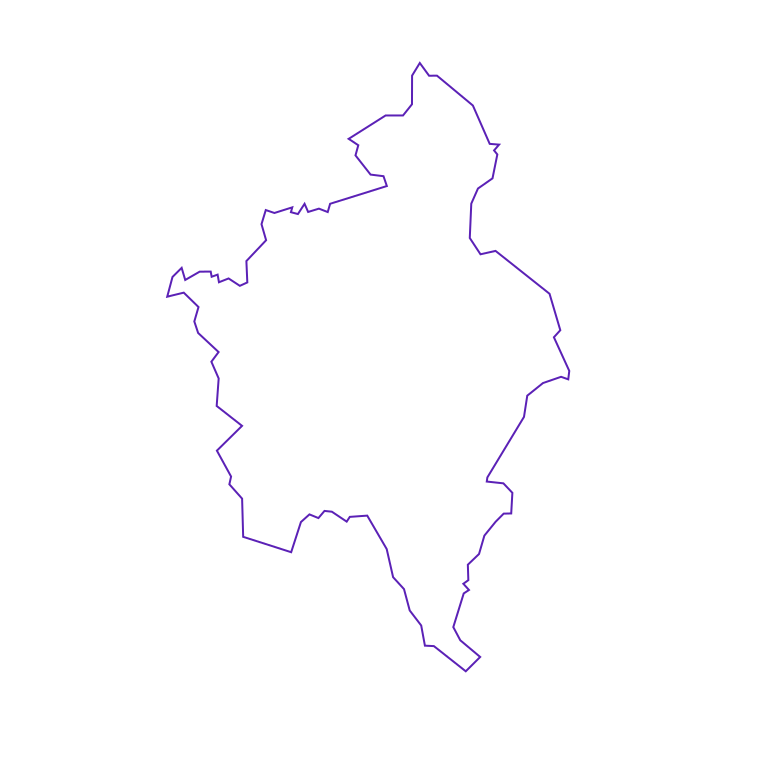 Gradsko, Gradsko, North Macedonia, rotated 164°
{"feature_id": "65306769B37555850097023", "entity_name": "Gradsko", "entity_type": "district", "adm_level": 2, "iso_a3": "MKD", "parent_name": "North Macedonia", "parent_adm1": "Gradsko", "projection": "albers", "projection_center": [21.883, 41.613], "detail": "fine", "context": "isolated", "style": "outline", "palette": "violet", "viewbox_px": 768, "rotation_deg": 164, "n_neighbors": 0, "source": "geoboundaries", "source_scale": "gbopen_adm2", "svg_char_len": 1448}
<svg xmlns="http://www.w3.org/2000/svg" viewBox="0 0 768 768"><g transform="rotate(164 384 384)"><path d="M199.7,387.1L200.0,425.1L240.1,481.2L255.5,482.1L261.3,500.7L250.4,533.3L239.8,546.0L223.0,551.8L211.8,573.4L213.8,578.2L207.4,582.4L216.2,585.7L221.8,627.2L248.1,665.8L255.7,667.9L261.1,682.7L272.0,672.7L280.0,645.2L291.7,636.9L308.4,641.7L350.4,629.4L342.9,620.6L348.4,611.6L339.2,589.0L327.2,583.9L326.7,573.5L386.1,572.1L390.7,564.8L398.2,570.5L409.5,570.3L410.7,579.1L419.9,571.1L426.1,574.8L423.5,579.1L442.2,578.6L449.7,583.8L457.7,571.4L457.7,554.7L482.4,540.1L487.4,519.3L495.5,518.1L504.3,528.3L514.6,527.3L513.8,535.0L520.1,534.6L519.6,539.8L530.2,542.8L546.4,538.8L546.5,551.4L557.8,545.2L568.3,527.7L551.3,527.0L541.1,509.1L549.1,496.4L548.6,484.3L534.2,460.3L543.8,453.0L541.4,434.9L550.9,409.0L532.0,382.9L563.0,366.0L556.5,337.2L560.3,330.2L552.0,312.9L561.5,275.9L519.6,247.9L501.9,274.2L491.6,279.2L484.0,273.2L476.2,278.4L469.3,275.6L457.8,262.0L453.5,265.7L436.4,262.1L426.9,224.6L428.5,195.8L421.3,181.3L421.7,159.2L414.8,141.6L416.8,121.2L408.3,118.3L384.6,85.3L366.8,95.1L381.3,116.6L384.4,131.2L365.1,160.7L359.1,162.6L362.8,170.1L357.0,172.2L353.2,187.2L339.5,194.4L329.3,210.6L314.7,220.8L304.7,226.4L297.4,224.5L290.6,244.0L296.6,255.6L312.1,261.9L310.4,265.7L258.5,313.8L249.5,333.3L230.9,341.1L211.8,342.1L205.6,337.7L202.3,345.5L207.8,382.1L199.7,387.1Z" fill="none" stroke="#5b21b6" stroke-width="2"/></g></svg>